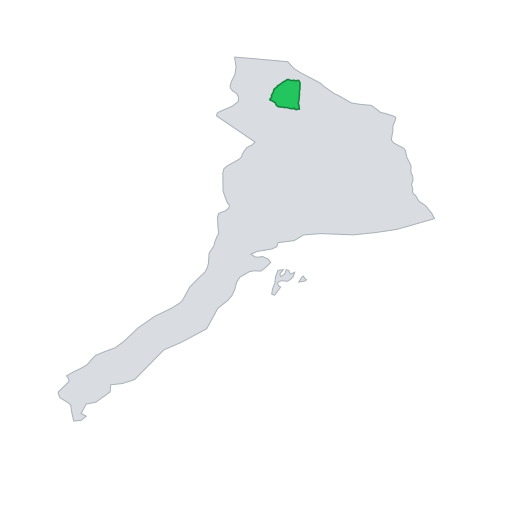 Haykota, Gash Barka, Eritrea (highlighted), rotated 101°
{"feature_id": "51966322B40149499398016", "entity_name": "Haykota", "entity_type": "district", "adm_level": 2, "iso_a3": "ERI", "parent_name": "Eritrea", "parent_adm1": "Gash Barka", "projection": "orthographic", "projection_center": [37.006, 15.215], "detail": "fine", "context": "in_parent", "style": "filled", "palette": "green", "viewbox_px": 512, "rotation_deg": 101, "n_neighbors": 0, "source": "geoboundaries", "source_scale": "gbopen_adm2", "svg_char_len": 6465}
<svg xmlns="http://www.w3.org/2000/svg" viewBox="0 0 512 512"><g transform="rotate(101 256 256)"><path d="M64.8,314.8L62.9,297.4L61.7,285.8L60.4,273.5L59.2,261.8L64.7,254.7L67.3,248.0L74.0,225.9L76.6,221.6L81.8,209.8L82.5,206.4L87.6,191.5L87.2,181.6L86.1,171.6L88.9,165.7L91.4,161.0L91.3,157.0L92.4,147.7L93.2,145.4L96.2,145.2L102.5,146.4L107.0,145.5L112.3,145.5L116.4,145.2L118.8,142.3L122.1,131.5L124.3,129.3L125.9,128.7L130.6,126.6L134.5,123.5L137.8,121.2L139.0,120.7L142.4,120.4L145.9,119.1L147.4,117.5L151.8,116.3L156.0,117.0L158.9,115.6L160.8,114.7L162.9,114.7L164.9,113.4L165.7,111.5L167.0,110.2L170.3,107.4L171.8,105.3L172.4,103.3L173.1,101.7L174.5,98.9L180.3,91.9L185.2,87.9L202.9,122.6L210.2,143.2L216.7,164.7L221.7,197.0L226.3,213.5L233.6,221.5L238.7,236.9L242.9,237.4L246.0,241.6L251.4,256.0L255.2,261.3L257.1,256.6L256.9,254.0L255.3,249.6L256.6,243.8L259.5,240.3L266.2,244.9L269.9,248.4L271.0,255.5L272.6,259.4L279.7,267.7L285.6,270.0L293.3,270.5L299.7,272.2L304.9,275.2L314.7,283.5L336.8,290.5L355.0,312.9L365.7,328.5L400.5,351.6L406.7,362.9L410.1,374.0L417.3,373.3L430.0,385.2L433.8,394.5L444.0,397.6L445.6,392.0L450.7,396.4L452.8,403.4L446.4,406.3L439.2,409.0L438.2,409.0L435.9,412.2L432.7,421.2L429.0,423.8L427.0,424.1L415.7,416.1L413.9,415.7L411.5,417.4L409.8,419.1L404.5,413.0L400.5,407.5L395.1,401.1L389.9,398.2L384.2,394.6L378.6,386.1L372.9,376.6L364.5,369.0L349.0,358.0L334.6,344.0L323.6,329.3L316.5,321.6L313.5,319.7L299.1,315.1L289.0,308.4L281.2,302.9L276.5,301.5L271.9,301.3L262.1,302.6L254.0,299.2L250.6,299.2L245.1,298.2L240.8,297.0L235.8,298.6L225.5,301.2L221.3,300.7L219.0,297.2L217.6,294.6L214.0,291.8L211.1,291.8L209.4,294.3L198.7,300.7L180.8,304.4L176.5,304.2L173.3,301.7L164.1,290.9L161.5,289.1L159.5,289.0L155.2,287.7L151.3,285.6L147.8,281.2L144.3,278.7L140.6,287.4L134.1,302.6L130.6,310.8L126.1,321.3L124.7,321.6L122.4,320.9L113.4,307.8L107.7,302.9L103.5,303.4L100.4,305.8L98.5,310.2L96.4,312.9L94.1,313.9L89.2,313.4L81.6,311.3L73.8,311.7L65.8,314.7L64.8,314.8ZM275.4,226.5L277.9,229.7L279.6,229.3L280.9,228.2L281.8,225.9L291.0,230.3L290.5,233.3L285.1,233.5L278.7,232.3L272.9,232.9L265.9,231.7L264.2,226.6L268.7,229.0L271.0,228.4L271.4,227.7L268.2,224.3L263.7,223.7L264.0,221.0L265.9,219.9L267.1,218.6L264.6,214.9L269.6,215.7L272.7,217.9L274.8,220.5L275.4,226.5ZM271.3,203.2L273.4,209.0L267.7,206.8L266.7,205.6L269.2,203.3L269.7,201.9L271.3,203.2Z" fill="#d9dde1" stroke="#a8b0b8" stroke-width="1"/><path d="M75.5,247.5L75.5,247.8L75.5,248.0L75.6,248.4L75.8,248.7L75.8,248.9L75.9,249.3L76.0,249.4L76.1,249.5L76.4,249.7L76.5,250.0L76.7,250.3L76.6,250.7L76.6,250.9L76.4,251.2L76.3,251.4L76.2,251.7L76.2,251.8L76.2,252.1L76.2,252.3L76.3,252.3L76.4,252.6L76.5,252.9L76.6,253.0L76.6,253.3L76.8,253.5L76.9,253.8L76.9,254.4L76.9,254.6L76.9,254.8L76.9,255.0L76.9,255.5L77.0,256.1L76.9,256.5L76.8,256.8L76.7,257.1L76.6,257.5L76.5,257.9L76.6,258.1L76.6,258.3L76.7,258.5L76.8,258.7L76.9,258.9L76.9,259.0L77.1,259.1L77.2,259.5L77.3,259.7L77.5,259.8L77.8,259.9L78.1,260.1L78.3,260.3L78.4,260.5L78.5,260.7L78.7,260.9L78.8,261.2L79.0,261.4L79.2,261.6L79.3,261.8L79.6,262.1L79.8,262.3L80.1,262.6L80.2,262.8L80.5,263.1L80.8,263.3L81.2,263.6L81.3,263.7L81.5,263.9L81.8,264.2L82.1,264.3L82.3,264.6L82.5,264.8L82.7,265.0L82.9,265.2L83.2,265.4L83.3,265.6L83.5,265.7L83.8,266.1L83.9,266.3L84.3,266.7L84.3,266.8L84.4,267.0L84.5,267.1L84.7,267.3L84.8,267.4L85.1,267.5L85.3,267.5L85.5,267.5L85.9,267.6L86.1,267.7L86.3,267.9L86.8,268.3L86.9,268.5L87.3,268.8L87.7,269.2L87.8,269.3L88.1,269.6L88.3,269.8L88.6,269.9L88.8,269.9L88.9,270.0L89.1,270.1L89.4,270.2L89.7,270.3L89.8,270.3L90.2,270.3L90.3,270.3L90.5,270.3L90.9,270.3L91.3,270.3L91.5,270.3L91.8,270.3L92.1,270.3L92.3,270.4L92.6,270.5L92.8,270.6L93.0,270.6L93.3,270.8L93.5,270.9L93.8,271.0L94.1,271.0L94.4,271.2L94.6,271.3L94.8,271.3L95.2,271.4L95.3,271.4L95.4,271.5L95.5,271.5L95.6,271.4L96.1,271.3L96.3,271.2L96.6,271.1L96.8,271.0L97.0,271.0L97.3,271.0L97.6,271.2L97.9,271.4L98.0,271.4L98.2,271.5L98.3,271.6L98.6,271.7L98.8,271.9L99.0,272.0L99.8,272.3L99.8,272.2L99.9,271.9L100.0,271.8L100.1,271.7L100.3,271.5L100.5,271.4L100.4,271.2L100.3,270.8L100.5,269.9L100.7,269.7L100.8,269.2L100.9,268.9L101.1,268.3L101.1,268.2L101.3,267.9L101.4,267.7L101.5,267.6L101.5,267.4L101.6,267.2L101.7,266.9L101.8,266.7L101.9,266.4L102.0,266.3L102.1,266.2L102.4,266.0L102.5,265.9L102.8,265.7L103.0,265.6L103.3,265.4L103.5,265.3L103.6,265.2L103.9,264.9L104.0,264.7L104.3,264.4L104.5,264.1L104.7,263.7L104.8,263.6L104.9,263.4L105.0,263.1L105.2,262.7L105.2,262.1L105.2,261.9L105.1,261.5L105.0,261.4L104.9,261.0L104.9,260.9L105.0,260.5L105.1,260.3L105.1,260.1L105.0,259.6L105.0,259.3L104.9,258.9L104.8,258.4L104.7,258.1L104.7,257.8L104.6,257.4L104.7,257.2L104.8,257.0L105.0,256.8L105.0,256.7L104.9,256.3L104.8,255.8L104.7,255.7L104.6,255.3L104.6,255.2L104.5,254.9L104.5,254.7L104.5,254.4L104.4,254.2L104.4,253.9L104.4,253.5L104.5,253.2L104.5,252.6L104.6,251.7L104.7,251.2L104.7,250.8L104.8,250.7L104.7,250.4L104.7,250.2L104.6,249.9L104.6,249.7L104.6,249.4L104.6,249.2L104.7,248.8L104.7,248.6L104.6,248.4L104.5,248.2L104.3,247.8L104.1,247.5L104.0,247.3L103.9,247.3L103.8,247.1L103.5,247.0L103.4,246.9L103.5,246.8L103.7,246.7L103.8,246.5L103.9,246.4L104.2,246.2L104.4,245.9L104.5,245.7L104.6,245.3L104.7,245.0L104.7,244.8L104.7,244.6L104.7,244.4L104.6,244.2L104.5,243.9L104.3,243.6L104.2,243.4L103.9,243.1L103.9,242.9L103.7,242.4L103.7,242.2L103.5,241.7L103.5,241.4L103.4,241.4L103.3,241.5L103.1,241.7L102.9,241.8L102.7,241.8L102.4,241.9L102.1,241.9L101.9,242.0L101.6,242.1L101.4,242.1L101.2,242.2L100.9,242.3L100.7,242.3L100.3,242.4L100.0,242.5L99.9,242.5L99.6,242.7L99.5,242.8L99.4,242.9L99.3,243.0L99.1,243.1L98.9,243.2L98.6,243.4L98.5,243.5L98.4,243.5L98.0,243.5L97.9,243.6L97.3,243.6L97.1,243.6L96.8,243.6L96.6,243.6L96.4,243.6L96.1,243.6L95.9,243.6L95.7,243.6L95.1,243.6L94.8,243.6L94.7,243.6L94.2,243.6L93.8,243.6L93.6,243.6L93.2,243.6L92.7,243.8L92.4,243.9L92.2,244.0L91.7,243.9L91.3,243.9L91.2,243.9L90.9,243.9L90.1,244.0L89.6,244.1L89.2,244.1L88.9,244.2L88.5,244.3L88.1,244.4L88.0,244.5L87.9,244.5L87.6,244.6L87.2,244.7L86.7,244.7L85.7,244.8L85.4,244.8L84.9,244.8L84.1,244.7L83.6,244.7L83.3,244.8L82.7,244.9L82.4,245.0L82.2,245.0L81.5,245.1L81.3,245.2L81.0,245.2L80.9,245.2L80.3,245.3L80.0,245.3L79.7,245.4L79.2,245.5L78.7,245.5L78.4,245.6L78.2,245.7L77.8,245.9L77.7,245.9L77.4,246.1L77.0,246.3L76.7,246.5L76.2,246.8L76.0,247.0L75.9,247.1L75.5,247.5Z" fill="#22c55e" stroke="#15803d" stroke-width="1.5"/></g></svg>